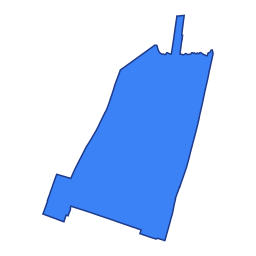 the district of Rusetu, Buzau, Romania
{"feature_id": "2599482B81543600541276", "entity_name": "Rusetu", "entity_type": "district", "adm_level": 2, "iso_a3": "ROU", "parent_name": "Romania", "parent_adm1": "Buzau", "projection": "albers", "projection_center": [27.21, 44.945], "detail": "fine", "context": "isolated", "style": "filled", "palette": "blue", "viewbox_px": 256, "rotation_deg": 0, "n_neighbors": 0, "source": "geoboundaries", "source_scale": "gbopen_adm2", "svg_char_len": 4572}
<svg xmlns="http://www.w3.org/2000/svg" viewBox="0 0 256 256"><path d="M165.3,239.2L165.4,238.9L165.4,238.7L165.5,238.3L165.6,237.9L166.0,236.6L166.6,234.3L166.8,233.6L168.7,227.1L169.0,225.7L169.4,224.4L169.7,223.2L169.9,222.8L170.7,219.4L172.2,214.3L173.1,210.2L173.9,205.9L174.8,201.9L175.1,200.8L175.5,199.2L175.2,198.9L177.3,193.1L179.2,188.0L179.3,187.7L179.3,187.4L179.4,187.2L179.4,186.9L179.8,187.0L180.3,185.3L181.1,182.9L182.8,178.1L184.7,172.6L185.4,170.5L186.2,168.2L186.4,167.7L187.0,165.5L187.5,163.7L188.8,158.9L189.5,156.2L189.8,154.8L190.0,154.0L190.5,152.0L190.7,151.3L191.1,149.7L191.8,147.1L192.4,144.8L193.2,141.7L193.3,141.4L193.7,140.0L193.9,139.2L194.6,136.5L195.8,132.0L197.8,124.0L198.2,122.3L198.6,120.5L199.1,118.3L199.7,115.0L201.2,108.6L202.6,102.4L203.0,100.2L203.1,99.9L204.2,94.6L205.5,88.6L205.9,86.7L206.6,83.9L208.0,77.5L209.5,70.0L209.9,68.3L212.2,57.8L213.1,53.7L213.0,53.2L212.4,50.4L212.3,50.0L212.2,49.9L211.7,50.0L211.3,50.1L210.9,50.6L209.8,52.3L208.0,53.1L207.3,55.7L206.7,55.8L206.3,55.7L205.6,55.4L204.8,54.9L204.2,54.7L203.7,54.5L203.4,54.3L203.0,54.1L202.2,53.7L200.9,52.7L200.5,52.6L200.3,52.6L200.0,52.7L199.7,52.8L199.4,53.2L198.9,53.7L198.7,53.6L198.0,53.2L197.8,53.1L197.7,53.1L197.2,53.2L196.8,53.3L196.7,53.5L196.0,53.9L195.6,53.8L195.2,53.5L195.0,53.3L194.5,53.0L194.3,52.9L194.0,52.9L193.8,52.9L193.3,53.1L192.9,53.1L192.4,52.8L191.8,52.7L191.2,53.3L190.8,54.0L190.5,54.3L190.4,54.4L190.1,54.4L189.8,54.4L189.4,54.3L189.0,54.4L188.5,54.4L187.8,54.5L187.3,54.4L186.6,53.9L186.2,53.7L185.9,53.6L185.5,53.6L185.1,53.9L184.2,54.6L183.7,54.8L183.4,54.9L183.1,54.9L181.9,54.3L181.4,54.2L181.0,54.2L180.6,54.2L180.2,54.1L179.9,54.0L180.0,53.7L181.8,40.4L181.9,39.6L182.1,39.7L182.3,37.7L182.6,35.2L181.7,35.0L183.2,22.8L184.2,15.4L180.2,15.8L177.8,16.1L177.5,16.0L176.9,16.0L176.7,17.6L175.7,24.5L175.2,27.9L173.6,39.3L172.5,46.6L172.1,49.0L171.7,51.5L171.3,54.1L170.3,54.0L169.5,53.8L168.4,53.3L167.7,52.9L167.3,52.7L166.7,52.7L166.4,53.1L165.9,54.1L165.7,54.4L165.0,54.6L164.5,54.5L164.1,54.4L163.5,54.1L163.2,54.0L162.6,54.1L162.0,54.2L161.6,54.1L160.8,53.4L160.0,53.0L159.6,52.6L159.4,52.4L159.0,51.7L158.9,51.5L158.8,51.2L158.3,50.2L158.0,49.4L157.9,49.0L157.8,48.7L157.7,48.3L157.5,47.8L157.4,47.6L157.3,47.2L157.2,46.8L157.2,46.4L157.2,46.1L157.0,45.8L156.7,45.4L156.3,45.2L156.1,45.2L155.1,45.2L154.9,45.1L122.9,68.2L122.2,68.6L121.8,69.0L120.6,69.8L120.4,69.9L119.5,72.4L117.2,78.7L117.1,79.1L116.8,79.7L115.3,83.8L114.9,84.8L113.6,89.2L112.6,92.4L112.3,93.3L111.8,94.8L111.5,95.7L111.3,96.0L111.1,96.8L110.7,97.9L110.5,98.6L110.2,99.4L110.1,99.8L110.0,100.2L109.9,100.5L109.6,101.3L109.5,101.6L109.4,102.1L109.2,102.5L109.1,102.9L109.0,103.1L108.9,103.5L108.8,103.9L108.7,104.1L108.4,104.8L108.2,105.3L108.1,105.6L108.0,105.9L107.9,106.2L107.7,106.7L107.5,107.4L107.3,107.8L106.6,109.4L105.9,111.0L105.1,112.3L100.3,122.1L98.6,125.7L96.7,129.6L90.8,139.7L87.3,145.3L87.1,145.5L86.5,146.4L86.0,147.4L75.0,168.9L71.6,176.6L70.8,178.4L69.3,177.9L68.9,177.9L66.0,177.0L63.0,176.1L62.6,176.1L60.8,175.5L58.4,174.8L56.8,174.3L56.7,174.3L55.9,176.5L53.8,182.3L52.9,184.9L52.2,186.9L52.1,187.1L51.8,188.2L51.0,190.2L50.6,191.5L50.3,192.3L49.7,194.2L49.5,194.8L49.4,195.1L49.2,195.4L49.1,195.9L48.6,197.1L48.5,197.6L48.3,198.1L47.9,199.1L47.7,199.7L47.5,200.1L47.4,200.4L47.3,200.8L47.5,201.0L47.6,201.3L47.3,202.3L46.9,203.0L46.3,204.7L46.2,205.2L45.8,206.3L45.5,207.0L45.2,207.9L45.0,208.4L44.8,208.9L44.7,209.2L44.6,209.7L44.4,210.1L44.1,210.9L43.9,211.5L43.7,212.0L43.6,212.3L43.4,212.7L43.3,213.1L43.1,213.4L42.9,214.0L43.9,214.3L45.4,214.9L46.4,215.3L47.8,215.8L49.4,216.4L51.3,217.1L51.5,217.2L52.7,217.6L53.5,217.9L53.7,218.0L54.0,218.1L54.3,218.2L54.6,218.3L54.8,218.4L55.5,218.6L56.2,218.9L57.4,219.4L58.1,219.7L59.3,220.1L60.0,220.4L60.5,220.6L63.9,221.8L66.1,215.1L68.1,215.8L69.4,211.9L69.9,211.2L70.1,210.6L70.4,209.5L70.5,208.7L70.3,208.2L70.7,206.9L70.8,206.2L83.5,210.2L88.0,211.7L88.5,211.8L98.0,215.1L109.7,219.0L110.7,219.4L113.5,220.3L115.3,221.0L120.4,222.8L122.5,223.5L124.2,224.1L124.3,224.2L125.2,224.4L125.5,224.5L125.8,224.6L127.3,225.2L127.8,225.3L128.9,225.7L130.4,226.2L131.9,226.8L132.8,227.1L133.5,227.3L135.6,227.9L136.0,228.1L138.4,229.0L140.3,229.6L141.0,229.9L141.0,230.5L140.7,231.3L140.5,231.9L139.9,233.6L140.0,233.6L141.1,234.0L142.9,234.7L144.1,235.1L144.8,235.3L148.2,236.5L152.1,237.8L155.7,238.9L156.2,239.0L156.5,239.0L156.7,238.8L156.8,238.5L157.8,238.3L159.5,238.9L160.5,239.2L164.8,240.6L165.2,239.6L165.3,239.2Z" fill="#3b82f6" stroke="#1e3a8a" stroke-width="1.5"/></svg>